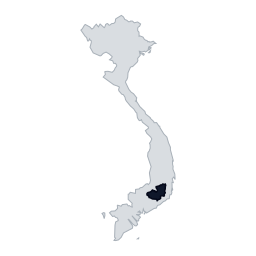 location of Lâm Đồng within Vietnam
{"feature_id": "VNM-480", "entity_name": "Lâm Đồng", "entity_type": "Province", "adm_level": 1, "iso_a3": "VNM", "parent_name": "Vietnam", "parent_adm1": "", "projection": "natural_earth1", "projection_center": [108.021, 11.753], "detail": "fine", "context": "in_parent", "style": "filled", "palette": "ink", "viewbox_px": 256, "rotation_deg": 0, "n_neighbors": 0, "source": "natural_earth", "source_scale": "10m", "svg_char_len": 5851}
<svg xmlns="http://www.w3.org/2000/svg" viewBox="0 0 256 256"><path d="M155.9,43.5L153.8,43.6L151.6,45.6L148.7,46.9L148.0,50.4L145.5,52.0L144.4,51.2L141.9,52.0L139.3,51.2L140.2,55.3L137.6,58.5L137.9,60.5L137.2,62.1L132.6,66.6L131.3,66.7L130.3,67.5L128.0,72.8L127.7,77.3L126.8,79.8L125.8,80.9L125.5,82.3L128.9,89.4L131.2,92.2L133.5,93.7L136.8,97.9L136.3,99.0L136.6,101.4L135.0,100.7L135.2,100.9L137.1,102.2L139.9,106.7L144.9,111.5L145.6,113.9L150.4,117.8L150.3,118.3L153.7,121.5L154.1,122.7L156.6,122.6L159.0,126.2L159.7,126.2L160.0,127.8L163.8,133.9L166.9,137.1L168.5,142.8L170.4,147.2L170.4,149.7L173.2,160.3L173.1,161.7L172.5,160.3L172.6,164.4L173.1,166.5L172.9,169.1L174.8,174.0L175.1,179.5L173.7,177.1L172.2,178.8L173.3,182.6L172.0,182.3L172.1,187.5L172.7,189.3L172.6,190.0L171.9,188.6L171.4,191.1L171.9,192.8L171.1,194.7L169.8,194.8L169.2,198.7L167.0,199.0L165.4,200.8L163.5,201.5L159.8,204.8L157.5,205.4L156.3,208.1L154.2,208.4L146.6,213.0L145.7,211.9L144.3,211.5L143.3,209.0L142.5,213.0L141.9,213.2L140.7,212.5L139.6,210.9L138.0,212.0L139.8,212.3L140.3,213.3L140.0,214.6L136.2,214.5L139.6,216.1L140.4,217.3L138.7,219.2L138.7,220.6L137.9,221.2L136.0,220.0L131.9,215.7L136.7,221.8L137.6,224.5L136.4,225.8L135.0,225.8L132.8,224.0L129.1,219.7L127.9,219.1L132.2,225.2L132.8,226.6L132.3,228.3L123.5,232.9L121.2,237.3L118.5,239.9L115.5,240.6L114.0,240.4L115.6,238.2L114.6,237.3L115.0,225.1L115.7,221.9L118.2,220.6L118.2,219.9L117.4,218.0L115.4,217.3L114.4,216.0L112.6,216.5L109.5,212.8L111.3,211.2L115.1,210.9L117.6,208.4L117.3,205.6L117.6,205.2L121.2,206.2L122.3,204.6L126.9,204.0L128.2,205.9L129.3,205.6L131.4,206.9L132.3,207.0L131.8,205.0L132.2,203.3L128.2,199.4L128.2,194.2L129.2,193.9L130.2,192.3L135.4,193.4L135.6,189.4L139.3,188.9L140.1,187.8L142.3,187.4L146.0,184.0L147.5,183.7L148.3,184.6L149.8,183.0L150.5,180.4L149.4,172.9L151.1,166.7L147.6,156.2L148.0,152.5L149.1,151.2L150.2,148.2L150.1,144.8L149.5,143.2L150.5,142.0L151.8,139.0L150.6,136.9L146.9,133.4L145.4,130.6L148.4,128.3L148.4,127.0L142.4,122.2L141.4,119.7L139.9,120.7L138.8,120.1L137.4,117.7L136.8,113.0L135.9,112.3L133.8,109.0L130.4,106.0L126.4,101.1L125.5,99.6L125.0,97.3L123.4,94.7L121.8,94.2L118.9,90.9L118.6,89.5L119.4,87.1L117.4,86.0L113.8,84.8L103.2,77.1L105.4,74.4L104.8,71.9L105.0,71.5L108.0,71.3L112.2,72.3L114.2,70.3L115.2,68.0L116.6,66.2L116.7,65.3L115.6,63.4L113.7,63.4L112.7,60.8L109.5,59.8L111.6,58.0L112.2,56.6L109.3,54.0L106.1,52.1L103.2,53.4L101.1,55.6L100.0,55.9L93.2,52.9L90.0,47.2L91.3,42.5L91.3,40.8L90.0,40.0L89.6,38.9L88.6,40.9L87.6,40.9L86.6,37.4L85.4,36.6L80.9,30.1L82.3,28.8L84.5,25.1L85.3,24.5L89.9,27.0L91.9,29.1L93.9,27.6L93.9,26.9L96.3,24.2L98.4,26.9L100.1,24.0L104.2,27.7L104.8,27.0L105.7,24.4L106.8,23.7L107.7,23.6L108.8,25.0L109.7,25.2L111.7,23.6L113.8,23.4L115.2,22.0L115.6,19.1L116.1,18.6L121.4,15.4L123.5,17.0L124.8,19.5L126.7,20.2L128.6,21.8L130.1,21.6L130.6,21.0L132.5,21.1L134.2,22.8L137.6,22.0L140.6,24.0L139.6,26.2L138.1,27.2L137.7,28.3L137.7,30.7L139.0,32.2L139.1,36.3L139.9,35.9L143.0,37.1L144.2,39.1L145.7,40.3L146.9,40.4L147.9,41.9L149.0,41.4L149.5,42.1L151.7,41.8L153.2,41.2L155.9,43.5ZM104.8,213.1L104.9,215.6L104.2,218.6L103.3,215.4L102.0,213.4L103.8,212.6L104.8,213.1ZM151.2,47.9L149.3,49.8L148.6,49.8L149.5,47.1L151.2,47.9ZM143.8,55.1L143.3,55.2L142.2,53.9L142.8,53.3L144.0,53.7L144.2,54.3L143.8,55.1ZM150.1,52.4L149.4,52.8L148.5,52.7L150.5,50.7L150.1,52.4ZM140.8,52.3L141.5,54.3L140.4,53.3L140.8,52.3ZM145.7,212.3L144.3,213.9L144.2,213.2L145.7,212.3ZM138.6,238.8L137.5,238.8L138.7,237.9L138.6,238.8Z" fill="#d9dde1" stroke="#a8b0b8" stroke-width="1"/><path d="M165.7,185.8L165.5,186.1L165.3,186.2L165.2,186.5L165.2,187.0L165.3,187.3L165.3,187.6L165.2,189.0L164.6,191.1L164.6,191.5L164.7,191.8L164.9,192.0L165.1,192.2L165.2,192.4L165.2,192.5L165.2,192.8L165.1,193.1L164.8,193.5L164.4,193.9L164.2,194.1L164.2,194.3L164.2,194.5L164.4,195.2L164.3,195.5L164.1,195.9L164.0,196.1L163.8,196.1L163.6,196.1L163.3,195.8L163.0,195.8L161.3,195.9L161.0,195.9L160.7,196.1L160.5,196.3L160.4,196.5L160.4,197.0L160.4,197.3L160.5,197.5L160.7,197.9L160.7,198.1L160.5,198.4L160.3,198.7L159.9,198.9L159.5,199.2L159.1,199.3L158.6,199.4L158.3,199.5L158.0,199.7L157.8,200.0L157.5,200.5L157.3,200.7L157.1,200.7L157.0,200.4L157.0,200.1L157.0,199.9L157.0,199.7L156.9,199.5L156.7,199.4L156.4,199.2L153.1,199.0L152.7,199.0L152.2,198.8L151.8,198.6L151.2,198.3L150.1,197.7L149.5,197.6L149.3,197.6L149.2,197.6L149.0,197.3L149.0,197.1L149.1,196.9L149.2,196.7L149.1,196.4L148.8,196.3L148.5,196.2L148.4,196.1L148.3,195.9L148.3,195.6L148.3,195.4L148.2,195.3L147.7,195.3L147.2,195.2L147.2,194.9L147.1,194.6L146.9,194.3L146.9,194.1L146.9,193.9L147.2,193.3L147.4,193.0L147.5,192.9L148.3,192.4L148.7,192.5L148.8,192.5L149.0,192.5L149.3,192.4L149.6,192.2L149.8,192.1L150.0,192.0L150.4,191.9L150.6,191.8L151.3,191.3L152.0,190.5L152.1,190.4L152.2,190.2L152.3,190.1L152.6,190.0L152.8,190.0L152.9,190.4L152.9,190.5L153.0,190.6L153.2,190.8L153.3,190.9L153.5,190.9L153.9,190.8L154.1,190.8L154.5,190.7L154.8,190.7L154.9,190.8L155.0,190.9L155.0,191.0L155.0,191.3L155.0,191.5L155.2,191.8L155.3,191.8L155.7,191.7L155.9,191.7L156.0,191.8L156.1,192.0L156.4,192.1L156.6,191.9L157.0,191.3L157.3,190.9L157.4,190.5L157.4,190.2L157.5,189.8L157.4,189.5L157.3,189.4L157.2,189.4L157.1,189.1L156.7,188.7L156.5,188.4L156.5,188.0L156.5,187.9L156.4,187.8L156.2,187.7L156.1,187.4L156.1,187.2L156.2,186.9L156.2,186.7L156.3,186.7L156.5,186.8L156.6,186.6L156.8,186.5L157.0,186.4L157.5,186.5L157.8,186.4L157.9,186.2L158.1,186.1L158.4,186.0L158.8,186.1L159.0,186.1L159.3,186.2L159.5,186.1L159.5,185.9L159.6,185.7L159.9,185.4L160.3,185.2L160.5,185.1L160.8,184.9L161.4,185.0L161.6,185.0L161.8,184.9L162.6,184.1L162.8,184.1L163.0,184.0L163.3,184.1L163.9,184.4L164.1,184.5L164.4,184.4L164.6,184.4L165.2,184.0L165.3,184.1L165.5,184.5L165.7,185.8Z" fill="#0f172a" stroke="#020617" stroke-width="1.5"/></svg>